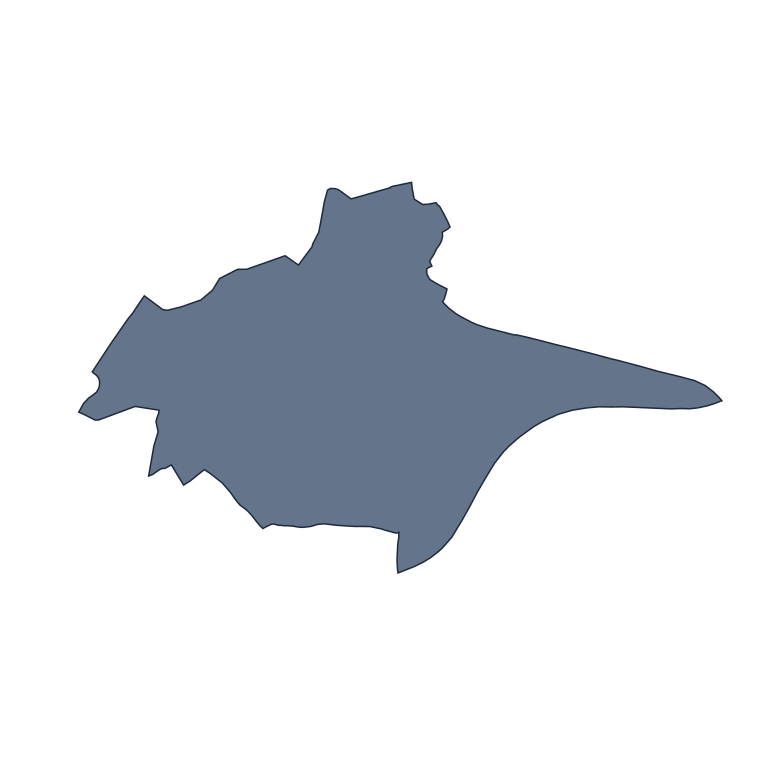 Surulere, Lagos, Nigeria (Natural Earth projection), rotated 234°
{"feature_id": "59680162B1513568068009", "entity_name": "Surulere", "entity_type": "district", "adm_level": 2, "iso_a3": "NGA", "parent_name": "Nigeria", "parent_adm1": "Lagos", "projection": "natural_earth1", "projection_center": [3.345, 6.49], "detail": "fine", "context": "isolated", "style": "filled", "palette": "slate", "viewbox_px": 768, "rotation_deg": 234, "n_neighbors": 0, "source": "geoboundaries", "source_scale": "gbopen_adm2", "svg_char_len": 2715}
<svg xmlns="http://www.w3.org/2000/svg" viewBox="0 0 768 768"><g transform="rotate(234 384 384)"><path d="M546.8,147.6L546.5,147.4L546.3,145.2L546.2,141.4L546.2,136.4L545.2,131.4L544.9,129.7L542.3,124.0L540.6,120.5L535.7,123.4L524.7,129.0L522.7,131.8L512.1,169.5L495.6,186.1L494.9,186.6L492.7,184.4L489.8,180.1L487.6,177.4L479.5,173.8L477.9,172.9L469.1,161.4L447.9,139.5L446.8,143.7L446.7,151.8L446.0,155.0L444.5,157.0L443.5,164.4L420.0,162.5L419.5,170.3L420.3,186.7L420.4,188.3L413.5,190.9L399.0,195.0L386.9,196.0L376.6,195.9L370.7,196.3L362.4,198.9L355.4,199.8L347.3,200.0L342.1,200.4L338.2,201.1L337.9,204.1L337.1,208.5L336.7,210.6L335.5,212.5L331.7,215.6L330.3,217.4L328.1,219.8L327.0,221.3L325.0,223.9L322.7,226.6L319.3,229.9L316.5,233.0L314.2,236.7L311.8,241.0L310.2,245.6L309.0,248.6L307.6,250.9L305.6,253.9L298.3,261.8L296.5,263.9L295.3,265.3L286.5,275.9L283.0,280.7L276.8,289.0L268.6,296.4L263.3,300.4L256.3,306.1L255.2,308.2L255.4,309.6L254.8,308.4L251.7,306.2L247.4,302.0L245.2,300.0L237.3,293.7L234.2,291.3L226.9,286.4L222.9,284.2L220.6,293.0L218.4,301.6L216.8,311.3L216.1,319.8L216.5,330.2L217.0,334.6L220.1,348.6L223.8,357.4L224.5,358.9L227.4,366.0L234.0,380.4L241.7,396.1L248.1,410.6L254.9,426.8L258.9,440.8L259.0,441.1L260.4,449.8L261.1,457.6L261.5,462.2L261.5,479.8L260.6,489.5L257.0,507.4L252.0,521.1L245.7,533.6L239.2,544.5L232.0,554.1L225.1,563.9L194.6,602.3L192.4,605.7L189.1,610.5L184.1,617.0L180.2,623.9L176.3,632.8L174.4,638.3L172.4,645.5L171.8,647.5L172.5,647.5L176.5,647.1L184.4,645.8L193.8,643.0L203.7,637.6L214.0,629.4L234.1,612.4L245.3,603.6L265.3,587.4L271.9,581.7L283.4,572.5L308.6,551.6L310.0,550.3L315.1,546.0L337.0,527.9L342.0,523.5L346.3,519.7L346.6,518.7L363.8,504.4L368.1,500.8L377.5,494.0L382.6,491.0L389.6,487.6L393.1,485.9L398.6,483.5L407.2,481.0L415.9,479.6L417.5,482.9L421.5,488.1L423.8,490.8L434.4,485.5L441.4,482.6L443.7,482.7L448.0,483.5L452.1,486.2L451.8,489.2L451.2,492.0L454.9,492.7L456.8,493.6L459.4,500.3L462.6,506.3L463.8,510.2L465.7,514.3L469.0,518.2L472.5,520.4L471.9,526.5L472.2,529.7L477.5,530.9L486.0,532.3L494.9,533.4L497.7,532.6L500.0,532.8L503.6,525.3L506.5,520.8L515.8,517.1L525.7,521.8L530.9,524.8L538.8,507.4L539.5,504.4L539.2,504.2L552.8,466.9L553.4,466.1L567.9,461.4L570.7,459.4L573.7,455.6L574.0,452.2L566.8,443.2L552.7,428.5L545.1,420.4L539.2,408.7L537.3,406.4L533.0,392.6L530.5,384.7L545.9,379.4L557.5,340.4L562.8,333.0L566.0,313.1L560.7,300.4L559.6,285.3L565.7,265.0L571.1,251.8L574.4,248.7L596.2,241.9L593.7,234.7L589.2,222.7L587.4,215.8L584.1,206.3L576.6,184.9L565.3,155.1L562.6,155.6L560.9,156.3L558.8,156.6L556.1,156.5L553.1,155.3L550.8,153.5L549.6,152.5L547.7,149.7L546.8,147.6Z" fill="#64748b" stroke="#1e293b" stroke-width="1.5"/></g></svg>